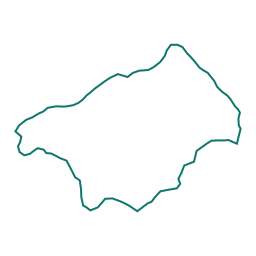 Eptakomi, Cyprus
{"feature_id": "46923920B67887725742244", "entity_name": "Eptakomi", "entity_type": "district", "adm_level": 2, "iso_a3": "CYP", "parent_name": "Cyprus", "parent_adm1": "", "projection": "mercator", "projection_center": [34.034, 35.451], "detail": "fine", "context": "isolated", "style": "outline", "palette": "teal", "viewbox_px": 256, "rotation_deg": 0, "n_neighbors": 0, "source": "geoboundaries", "source_scale": "gbopen_adm2", "svg_char_len": 1300}
<svg xmlns="http://www.w3.org/2000/svg" viewBox="0 0 256 256"><path d="M137.3,211.2L147.8,203.3L151.5,201.8L154.9,197.3L160.4,191.3L170.5,189.4L176.9,188.3L180.2,183.8L178.4,179.0L181.3,173.0L184.3,165.5L194.0,161.7L196.6,150.9L201.9,147.1L207.1,143.4L211.5,140.7L218.3,140.4L224.6,140.4L228.3,140.0L236.9,143.7L238.8,135.9L240.6,128.7L238.8,125.4L238.4,118.6L239.9,112.6L238.0,109.3L235.0,106.3L230.9,99.9L227.6,95.8L222.0,91.7L217.1,86.8L214.2,80.8L210.8,76.7L207.8,72.9L202.6,69.9L199.2,67.3L194.8,61.7L189.9,56.1L186.9,53.1L182.5,47.1L177.6,44.8L170.9,44.8L166.8,50.4L164.9,55.7L162.7,58.7L160.1,62.1L156.3,65.1L153.4,67.3L148.5,69.9L144.8,70.3L139.2,70.7L132.8,72.9L127.6,77.0L122.4,75.5L117.9,74.1L110.1,77.8L104.9,81.2L95.2,88.3L90.0,92.8L86.6,95.4L82.9,99.5L78.4,102.9L73.5,105.1L67.2,106.3L63.1,106.6L56.4,106.3L47.8,107.8L43.3,111.5L38.1,113.8L32.1,117.5L26.2,119.8L19.1,125.4L15.4,131.4L21.3,136.6L20.2,141.9L18.0,146.4L19.5,152.0L24.3,155.3L29.9,153.9L33.3,151.2L37.7,148.2L43.7,149.7L46.3,153.1L51.2,153.5L56.4,156.1L59.7,158.0L66.5,160.6L69.1,165.5L72.4,171.8L75.0,177.1L79.9,180.5L80.3,184.2L81.0,188.7L81.4,197.7L83.2,205.6L86.6,207.4L90.3,210.4L97.8,207.4L105.2,198.8L112.3,198.4L119.8,201.1L124.6,203.3L129.5,205.9L137.3,211.2Z" fill="none" stroke="#0f766e" stroke-width="2"/></svg>